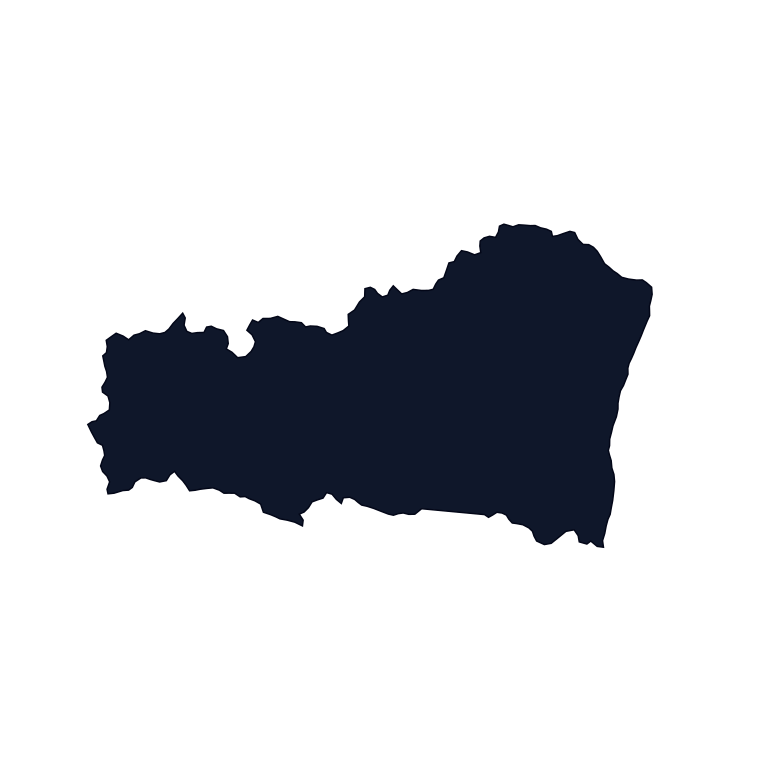 Itabirito, Minas Gerais, Brazil (orthographic projection), rotated 206°
{"feature_id": "56859067B46575317431952", "entity_name": "Itabirito", "entity_type": "district", "adm_level": 2, "iso_a3": "BRA", "parent_name": "Brazil", "parent_adm1": "Minas Gerais", "projection": "orthographic", "projection_center": [-43.791, -20.255], "detail": "fine", "context": "isolated", "style": "filled", "palette": "ink", "viewbox_px": 768, "rotation_deg": 206, "n_neighbors": 0, "source": "geoboundaries", "source_scale": "gbopen_adm2", "svg_char_len": 3579}
<svg xmlns="http://www.w3.org/2000/svg" viewBox="0 0 768 768"><g transform="rotate(206 384 384)"><path d="M130.7,389.0L134.0,397.4L137.7,403.5L142.4,408.4L146.2,414.7L150.4,419.2L153.3,422.7L154.2,427.4L157.0,433.4L158.4,440.4L159.9,446.9L160.8,456.5L162.7,464.0L165.3,469.4L167.1,475.5L168.5,481.6L168.1,487.6L168.6,493.9L169.0,499.7L171.8,505.2L172.8,510.1L172.8,515.6L173.0,520.9L173.5,527.1L173.7,534.1L174.0,540.3L174.5,546.3L175.1,556.2L175.2,561.8L177.5,566.3L179.6,570.3L180.8,576.1L182.3,582.1L185.9,588.3L192.6,590.1L197.4,590.8L202.5,588.1L210.3,585.5L217.1,584.1L222.8,585.5L227.6,586.1L232.4,587.5L238.5,588.8L245.0,593.3L250.6,596.8L255.7,598.7L261.1,599.0L266.3,596.7L273.1,599.0L279.0,603.7L283.8,602.7L288.6,598.0L293.2,593.3L297.3,590.5L300.5,594.5L305.8,594.4L311.8,593.0L317.6,592.7L321.8,590.5L327.5,588.3L332.8,586.1L337.0,581.8L342.0,581.0L346.3,580.2L349.4,576.5L347.8,570.8L348.0,564.7L353.9,563.0L358.1,559.2L360.2,554.7L358.3,550.0L354.6,544.5L359.2,539.8L366.8,539.3L372.8,537.8L374.5,531.0L374.5,524.8L378.7,521.3L377.7,513.5L376.8,505.7L380.6,501.3L381.3,496.5L381.3,490.7L384.9,487.7L391.2,484.5L399.3,481.8L403.1,476.5L407.6,472.7L413.6,474.6L418.7,476.3L419.9,470.8L419.5,465.5L423.7,461.5L429.6,462.6L433.8,464.9L438.7,464.9L442.9,461.3L439.6,453.9L442.0,447.0L442.9,437.6L446.7,430.9L443.8,425.5L441.0,420.7L444.1,414.1L447.9,409.7L452.3,405.1L458.4,405.1L462.1,407.6L469.4,406.5L475.7,403.8L479.5,400.9L485.1,402.9L491.4,400.8L496.2,398.6L502.7,398.4L509.1,398.2L514.9,393.1L521.5,389.8L524.0,384.2L530.2,383.9L530.6,378.1L530.8,372.2L524.2,370.4L518.1,365.7L517.2,360.4L517.7,354.9L520.3,348.0L527.1,343.5L534.6,345.9L541.1,346.4L541.7,352.0L545.4,357.9L551.7,361.7L558.7,360.2L564.6,360.2L568.4,357.4L568.4,351.4L574.2,348.4L578.9,345.2L584.3,344.9L589.5,349.2L591.6,356.2L596.0,359.4L598.1,352.2L600.1,346.0L601.4,339.2L603.5,334.3L607.6,330.8L613.9,328.5L621.8,327.3L625.8,322.0L630.1,318.3L632.9,311.8L639.4,312.7L647.0,312.2L649.7,307.3L652.8,301.5L649.1,296.3L647.2,290.5L649.1,286.0L645.5,281.3L642.7,277.6L638.8,273.6L635.5,268.8L635.5,263.3L636.1,257.5L633.4,253.3L626.8,252.2L622.2,247.0L619.5,240.3L622.8,234.6L625.7,231.1L626.4,224.8L629.9,222.1L632.5,217.8L625.9,212.6L621.0,209.1L615.8,205.5L610.2,205.5L606.5,201.3L603.7,197.3L603.7,192.3L602.8,186.1L598.5,182.0L592.6,179.8L587.7,175.8L586.8,168.0L583.9,164.3L578.8,167.5L572.1,173.7L567.0,176.7L564.9,180.7L565.0,186.8L561.3,193.0L557.0,195.2L552.6,195.7L548.1,196.5L542.7,197.6L537.3,201.7L536.6,208.5L534.0,213.7L528.8,211.0L522.5,208.8L517.4,206.2L511.9,202.8L507.2,205.7L503.0,208.9L497.6,212.4L492.2,215.7L485.4,216.4L480.0,215.7L476.0,217.7L470.4,220.4L463.8,219.5L459.4,222.0L454.9,221.8L448.8,222.4L442.2,222.0L436.2,215.9L428.4,216.9L422.8,217.2L418.4,217.2L411.3,219.2L403.6,220.7L395.1,220.7L397.0,226.2L403.1,229.9L399.7,233.9L397.7,239.7L397.0,246.5L393.0,250.7L388.8,254.7L388.0,261.2L382.4,262.2L376.2,259.4L370.0,257.9L370.7,263.9L365.1,267.2L359.7,267.4L355.2,266.2L351.0,265.4L345.6,266.7L338.6,267.7L329.9,268.4L323.1,269.0L318.0,270.2L314.4,273.7L310.2,276.5L304.6,277.7L299.2,280.5L295.5,288.4L236.4,310.7L231.6,310.0L228.9,313.9L226.3,318.2L221.3,319.8L216.5,319.8L212.5,317.2L207.8,315.3L203.6,316.7L197.5,318.4L190.7,318.2L186.0,316.7L182.4,313.0L178.0,309.8L169.5,310.0L163.9,314.1L160.5,321.3L155.9,331.3L149.2,336.3L143.0,332.8L139.3,327.7L131.5,329.1L129.3,333.5L121.2,331.5L115.2,333.5L118.9,339.0L120.1,346.5L122.1,353.8L123.4,360.5L123.6,366.0L125.3,371.8L127.4,379.5L130.7,389.0Z" fill="#0f172a" stroke="#020617" stroke-width="1.5"/></g></svg>